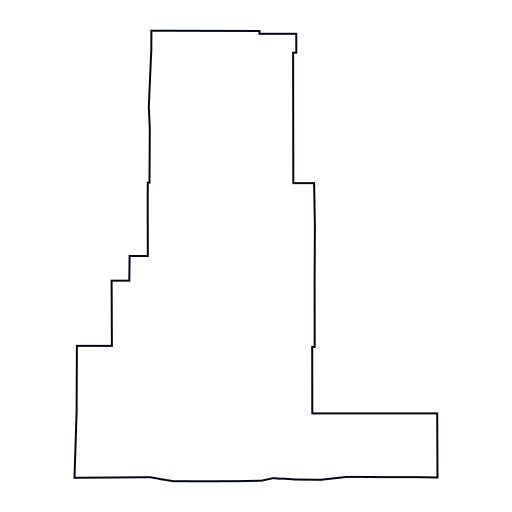 outline of Park, Montana, United States of America
{"feature_id": "52423323B27264178568267", "entity_name": "Park", "entity_type": "district", "adm_level": 2, "iso_a3": "USA", "parent_name": "United States of America", "parent_adm1": "Montana", "projection": "equal_earth", "projection_center": [-110.469, 45.592], "detail": "fine", "context": "isolated", "style": "outline", "palette": "ink", "viewbox_px": 512, "rotation_deg": 0, "n_neighbors": 0, "source": "geoboundaries", "source_scale": "gbopen_adm2", "svg_char_len": 764}
<svg xmlns="http://www.w3.org/2000/svg" viewBox="0 0 512 512"><path d="M74.5,477.8L150.2,477.2L157.1,478.4L160.2,479.1L173.4,481.2L218.0,481.3L219.5,481.2L236.7,481.2L261.5,480.7L273.2,478.1L279.2,478.7L284.3,478.7L295.3,479.5L320.7,479.8L346.8,476.9L371.1,477.0L371.4,477.0L378.4,477.1L380.3,477.1L415.0,477.1L437.4,477.5L437.5,477.5L437.2,415.2L437.2,413.4L359.9,413.4L312.3,413.4L312.2,346.9L314.7,346.9L314.6,282.5L314.9,226.4L314.1,183.1L293.3,183.1L293.1,52.7L296.3,52.7L296.3,33.8L259.5,33.8L259.5,31.0L151.4,30.7L151.3,49.7L148.8,106.9L149.8,128.4L149.5,182.6L147.8,182.6L147.7,198.9L147.7,214.2L147.8,247.4L147.8,256.0L129.6,256.0L129.3,280.7L111.6,280.7L111.9,345.9L76.9,345.9L76.6,411.8L74.5,477.8Z" fill="none" stroke="#020617" stroke-width="2"/></svg>